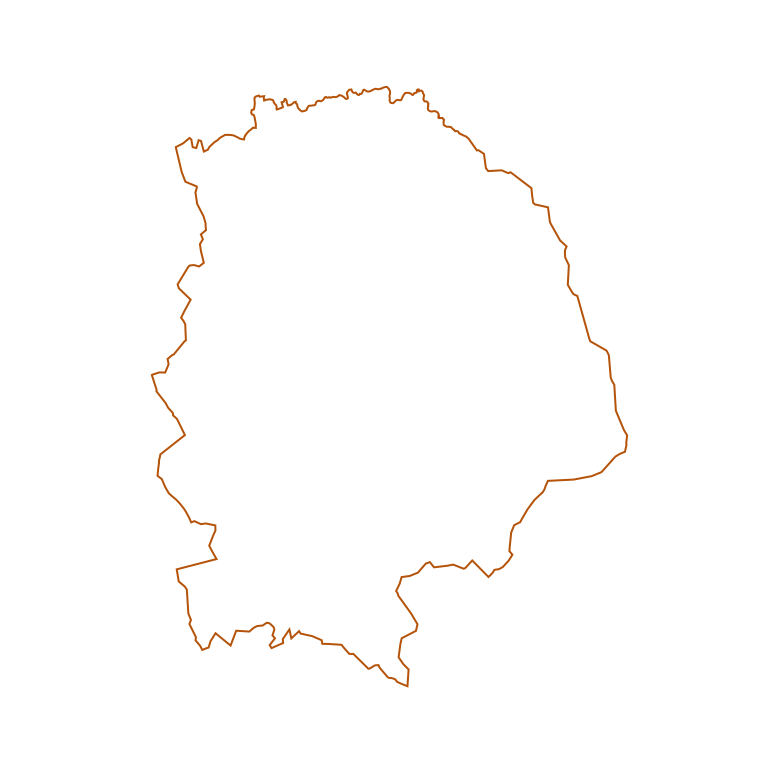 Soba, Kaduna, Nigeria (Mercator projection), rotated 11°
{"feature_id": "59680162B47761767082139", "entity_name": "Soba", "entity_type": "district", "adm_level": 2, "iso_a3": "NGA", "parent_name": "Nigeria", "parent_adm1": "Kaduna", "projection": "mercator", "projection_center": [7.944, 10.956], "detail": "fine", "context": "isolated", "style": "outline", "palette": "amber", "viewbox_px": 768, "rotation_deg": 11, "n_neighbors": 0, "source": "geoboundaries", "source_scale": "gbopen_adm2", "svg_char_len": 6119}
<svg xmlns="http://www.w3.org/2000/svg" viewBox="0 0 768 768"><g transform="rotate(11 384 384)"><path d="M176.1,173.6L174.1,176.4L171.4,179.0L167.4,184.5L166.4,187.6L162.8,190.2L158.0,180.3L155.5,180.1L154.7,188.2L151.0,188.0L148.2,180.7L146.2,179.6L140.8,186.2L134.4,191.2L145.0,214.6L150.5,223.4L162.4,225.8L162.8,226.6L162.5,231.1L162.3,231.8L166.2,242.8L175.0,254.0L178.2,260.3L178.6,262.4L179.9,266.9L175.7,272.1L178.6,276.5L176.6,281.8L179.0,288.6L184.0,299.4L180.1,303.9L174.7,303.5L170.8,304.7L169.5,306.4L162.4,325.6L164.4,329.2L178.1,338.1L174.0,351.0L172.2,357.7L175.1,360.3L177.5,363.3L181.2,378.9L179.9,380.4L172.0,395.1L170.5,396.1L166.8,400.7L168.8,405.8L167.0,414.5L161.2,415.5L154.9,419.0L154.4,419.5L162.0,433.3L162.0,434.6L173.5,444.6L176.4,448.3L182.3,452.8L183.0,455.1L187.4,457.7L198.3,472.1L177.9,495.8L177.9,499.4L177.7,501.1L178.2,504.6L178.6,511.1L179.2,517.3L184.1,519.8L188.8,526.8L193.6,532.3L196.8,534.3L201.8,537.0L206.4,540.3L211.1,544.3L213.1,546.3L218.1,552.2L221.1,556.6L224.1,554.8L230.9,556.5L235.7,554.9L245.4,555.0L246.5,560.0L245.2,565.5L243.3,576.1L247.2,581.0L253.0,587.8L215.9,605.5L220.2,617.0L227.2,620.9L229.7,623.5L235.7,646.5L239.5,652.4L238.8,656.8L247.7,668.4L247.9,671.6L253.3,675.9L256.4,679.7L259.7,677.5L262.1,676.2L262.8,669.5L266.2,660.8L283.3,670.0L286.0,654.4L299.1,652.7L302.5,648.3L305.7,645.8L311.0,644.2L314.5,640.7L317.3,640.8L319.4,642.0L322.0,643.7L323.2,645.9L322.5,652.1L325.5,654.4L321.6,662.1L324.0,664.7L334.4,657.5L333.3,653.7L338.0,643.0L341.6,651.4L347.8,642.8L349.7,644.9L361.6,645.2L371.7,647.4L373.0,650.8L379.0,649.8L392.1,648.1L394.2,650.0L401.5,655.6L405.4,654.8L423.0,666.5L423.9,666.3L428.8,661.9L432.2,661.0L433.7,663.1L434.6,663.9L443.3,670.9L444.2,671.3L445.1,671.5L447.2,671.2L450.6,671.5L451.8,672.1L453.6,673.8L457.0,674.7L459.9,675.3L464.7,676.2L462.6,659.5L456.3,655.2L450.5,649.5L449.7,636.2L449.9,630.2L462.5,620.2L462.7,613.4L455.7,605.6L454.4,604.1L438.5,589.2L437.5,587.1L435.4,584.9L437.5,577.1L438.1,570.2L445.9,567.5L453.3,562.7L459.3,552.3L463.0,550.1L468.1,554.4L480.9,550.3L486.4,548.1L497.4,550.1L498.9,549.2L504.3,540.4L523.4,553.5L526.6,548.8L527.8,545.4L532.4,543.7L535.6,540.9L540.1,533.6L542.6,527.1L538.9,524.0L537.2,505.7L538.7,497.8L544.1,493.6L544.1,493.2L548.7,479.9L553.8,469.1L560.6,459.7L561.6,456.8L562.3,452.1L563.4,447.8L588.5,441.6L605.5,434.8L614.3,429.0L625.0,411.1L628.6,407.8L633.5,404.5L633.6,397.5L633.0,395.3L632.5,388.1L628.3,383.4L616.7,366.0L610.2,340.8L607.1,337.4L605.3,334.3L599.2,312.8L597.1,310.0L595.9,308.7L578.3,302.7L576.4,299.4L557.0,260.7L553.0,259.7L551.1,258.0L545.5,251.6L542.8,232.1L537.7,225.2L536.5,220.6L536.2,217.7L537.0,214.1L529.5,209.5L517.6,195.5L515.9,193.2L511.3,179.3L497.8,178.9L495.9,177.7L493.5,170.9L491.3,163.6L467.8,152.0L465.8,153.3L458.7,151.8L445.7,155.1L442.9,152.8L438.2,139.0L432.2,136.5L430.6,137.0L420.2,127.0L419.4,126.5L418.8,126.3L418.2,126.0L417.8,125.5L414.4,124.8L413.1,124.3L412.3,124.4L411.3,123.7L410.4,123.8L409.9,123.6L409.5,122.9L408.2,121.9L406.9,121.9L406.3,122.0L405.8,122.3L405.4,122.2L404.3,121.1L403.9,121.0L402.6,120.4L401.0,119.2L400.7,119.1L400.1,119.0L399.0,119.2L397.9,119.1L397.1,119.4L396.3,119.5L393.7,118.6L393.4,118.4L393.0,117.6L392.4,115.1L392.6,114.3L392.4,113.8L392.5,113.2L392.3,112.9L391.6,112.6L390.5,111.7L388.3,112.3L386.9,112.4L386.6,112.2L386.4,111.8L387.0,111.0L387.0,110.7L386.8,110.4L386.3,110.1L386.2,109.9L386.3,108.9L384.9,107.2L383.8,106.8L381.6,106.4L378.6,107.5L377.5,107.5L375.6,106.9L374.9,106.2L374.3,104.8L374.5,103.0L374.1,102.7L374.0,101.5L374.2,100.9L374.0,100.0L373.2,99.5L372.9,99.0L371.8,98.5L370.1,98.8L369.3,98.3L368.4,97.2L368.2,92.8L366.7,91.0L366.3,90.0L365.4,89.1L364.5,88.9L363.3,89.3L362.4,90.1L362.0,90.1L361.9,88.3L361.2,88.3L360.7,88.7L360.2,89.3L360.5,91.4L359.8,92.1L359.3,92.2L358.3,92.6L357.5,94.5L356.7,94.8L355.4,94.0L353.5,93.5L351.6,93.6L349.2,94.4L348.1,96.7L346.6,102.0L345.6,102.4L344.0,102.5L343.0,102.5L341.8,103.2L340.0,105.9L339.3,106.6L337.8,106.8L337.0,106.7L336.0,105.8L335.4,104.7L335.2,102.4L334.4,100.2L334.5,97.2L333.9,95.2L332.4,93.3L330.3,91.9L328.8,92.2L327.2,92.9L325.8,93.8L325.1,94.7L323.7,94.9L322.3,95.8L319.3,95.8L318.4,96.3L316.3,97.8L315.3,98.8L313.3,99.8L311.8,100.1L308.5,98.9L307.7,99.2L306.8,102.7L306.6,103.4L306.2,103.6L304.9,103.8L304.7,104.6L304.2,105.1L302.8,105.0L300.8,103.4L298.8,104.0L297.8,103.7L296.8,102.8L295.8,101.1L293.8,101.8L292.4,104.0L292.1,105.8L293.9,109.6L293.9,110.4L293.4,111.1L292.4,111.4L291.6,111.1L290.2,110.2L287.7,109.1L285.3,108.9L284.7,109.1L284.1,110.1L283.4,110.8L281.7,111.7L279.6,111.8L278.8,112.0L277.7,112.8L276.6,113.2L276.3,113.0L275.7,112.9L274.0,113.7L273.2,113.8L272.3,113.3L271.2,114.0L271.2,114.3L270.6,115.5L270.0,116.9L268.4,118.3L267.6,118.6L266.4,118.4L265.6,118.5L264.1,119.5L263.5,120.9L263.5,122.2L263.3,122.9L263.1,123.2L262.1,123.8L261.3,124.0L260.5,124.2L259.7,124.6L257.7,125.1L257.1,125.3L255.9,127.9L255.7,129.8L254.9,130.5L251.7,132.1L250.2,131.6L247.9,130.3L246.9,129.2L246.0,127.9L245.4,126.1L245.1,125.8L244.1,125.4L243.6,124.8L243.5,123.9L242.1,124.5L241.7,124.8L241.6,125.1L240.4,126.6L239.3,127.8L238.9,127.8L238.2,128.3L236.6,128.9L235.1,126.7L234.8,126.2L234.8,125.8L234.4,124.7L233.7,123.7L233.0,123.1L232.5,123.1L232.1,123.3L232.1,124.5L231.8,125.2L231.7,126.1L229.7,127.0L232.0,131.4L231.4,132.0L228.7,133.7L226.8,134.8L226.3,135.0L225.9,134.1L225.9,133.3L225.4,131.7L225.0,131.0L224.6,130.6L223.9,130.3L222.3,128.8L221.9,128.3L221.8,127.7L220.5,126.4L217.3,126.3L216.0,126.9L214.0,127.4L212.9,128.3L212.2,128.6L211.9,127.5L211.7,127.1L211.2,124.9L211.3,124.4L207.1,125.7L206.1,124.7L203.5,126.1L202.5,127.3L202.3,127.9L202.5,129.1L203.7,133.5L204.0,138.4L203.8,139.4L203.3,139.7L202.1,140.0L201.9,140.4L201.8,143.0L203.1,144.6L203.8,144.6L204.8,144.8L206.0,146.7L208.8,153.9L208.7,154.1L208.9,155.3L209.3,157.0L208.7,157.0L207.5,157.5L206.6,157.3L204.2,160.4L203.2,161.4L201.6,163.9L200.9,165.6L200.6,165.7L199.8,168.9L200.0,170.6L198.4,170.8L195.2,170.6L194.0,170.0L188.9,168.7L185.8,168.8L180.6,169.7L176.1,173.6Z" fill="none" stroke="#b45309" stroke-width="2"/></g></svg>